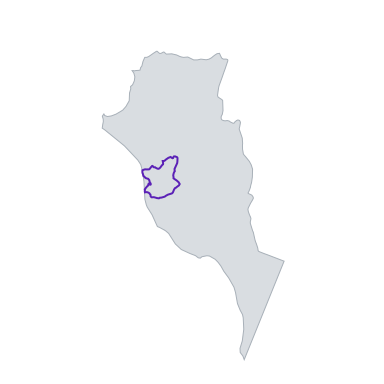 Morocco, with Chaouia - Ouardigha highlighted, rotated 290°
{"feature_id": "MAR-1449", "entity_name": "Chaouia - Ouardigha", "entity_type": "Region", "adm_level": 1, "iso_a3": "MAR", "parent_name": "Morocco", "parent_adm1": "", "projection": "albers", "projection_center": [-7.234, 33.091], "detail": "fine", "context": "in_parent", "style": "outline", "palette": "violet", "viewbox_px": 384, "rotation_deg": 290, "n_neighbors": 0, "source": "natural_earth", "source_scale": "10m", "svg_char_len": 4107}
<svg xmlns="http://www.w3.org/2000/svg" viewBox="0 0 384 384"><g transform="rotate(290 192 192)"><path d="M55.3,295.9L57.7,292.2L61.5,290.6L69.2,290.2L80.7,287.6L91.2,283.2L94.1,281.4L97.4,277.7L102.7,272.9L112.4,267.3L116.9,264.0L123.8,255.9L128.4,249.0L132.2,244.6L134.8,240.7L136.7,236.8L137.8,230.3L137.2,227.8L134.6,223.5L132.7,222.4L132.3,220.4L133.4,217.0L133.5,211.1L134.3,201.6L137.5,194.1L145.1,184.2L146.6,180.1L147.6,173.6L147.7,171.3L157.0,162.2L162.5,155.1L164.4,153.4L169.1,150.2L185.6,143.2L194.9,138.2L200.3,134.4L203.5,130.1L212.2,112.8L220.6,88.6L221.3,85.8L225.1,85.0L227.8,84.6L230.0,83.7L232.6,81.8L235.2,82.5L234.0,83.8L234.0,86.7L235.9,90.2L239.2,94.0L245.2,98.9L249.8,100.7L256.3,101.8L263.8,99.4L268.0,99.2L270.1,98.2L272.4,99.5L276.7,99.8L280.7,98.9L283.8,96.7L285.6,94.2L286.0,95.4L286.2,96.7L286.8,97.4L288.1,100.4L288.8,101.5L291.2,101.2L293.3,101.8L297.9,101.3L302.4,101.6L303.1,103.5L304.5,105.0L309.3,108.4L312.1,110.5L312.3,111.2L311.5,113.1L311.1,114.4L311.9,115.7L313.7,117.2L313.9,118.0L313.5,118.9L312.8,120.7L314.9,125.7L315.5,130.7L315.2,134.2L315.3,136.2L315.6,138.0L317.4,141.9L316.7,148.5L318.1,152.1L319.9,154.9L321.1,160.1L322.6,162.5L324.9,164.5L326.2,165.2L328.7,166.8L330.5,168.2L331.7,170.4L329.6,172.4L328.0,174.1L327.6,175.9L328.6,178.7L328.6,180.2L327.6,180.8L323.0,180.9L319.4,181.0L315.3,181.0L309.5,181.1L305.9,181.1L301.0,181.1L299.3,181.3L294.9,182.2L291.7,182.9L291.2,183.1L290.2,183.9L289.6,186.0L289.1,188.4L288.5,189.5L279.1,193.3L275.3,193.9L273.1,193.6L271.6,194.0L270.3,194.8L269.9,195.9L269.9,197.3L270.2,198.8L271.2,200.7L271.4,202.7L270.9,204.2L270.8,205.6L270.6,207.1L271.1,208.0L272.0,208.0L273.0,208.7L274.3,209.3L275.4,210.5L275.5,212.2L274.6,213.2L273.8,213.8L270.2,214.4L267.3,214.8L263.7,217.7L259.8,220.8L255.1,222.9L253.0,223.5L249.4,224.9L245.1,227.4L243.0,231.1L240.4,235.4L237.8,238.3L234.2,241.1L230.9,242.2L226.7,243.6L221.4,244.7L217.7,245.0L216.6,245.3L213.2,245.3L211.6,245.2L210.4,245.0L209.9,245.3L209.8,246.0L209.7,247.6L209.5,249.3L208.5,250.8L207.7,251.5L206.8,251.8L204.1,251.4L201.7,250.9L196.2,250.3L195.0,250.5L194.6,250.6L192.9,251.6L190.2,253.8L188.4,255.6L187.1,256.5L183.8,257.0L182.4,257.6L176.3,262.2L175.1,263.4L168.8,267.4L167.0,268.7L165.6,270.0L161.9,272.9L159.5,274.2L159.0,275.0L158.9,276.8L158.8,280.8L158.8,284.7L158.7,290.3L158.6,296.0L158.5,302.2L52.3,298.4L55.3,295.9Z" fill="#d9dde1" stroke="#a8b0b8" stroke-width="1"/><path d="M190.5,140.8L192.2,139.7L193.0,138.9L193.8,138.5L194.7,138.2L195.5,138.0L196.4,139.1L196.8,139.4L197.3,140.3L197.6,141.3L197.9,142.2L198.6,143.9L199.2,144.3L201.4,145.0L201.9,145.3L202.8,145.6L203.0,146.0L202.7,146.6L202.4,147.1L202.2,147.9L202.5,148.5L202.6,149.0L202.4,149.3L202.1,151.5L202.4,152.7L203.1,153.3L204.1,153.8L206.8,154.6L208.1,155.3L209.2,155.0L211.1,153.9L211.5,155.0L212.4,155.8L213.3,156.2L216.0,158.1L217.6,159.9L217.4,160.6L217.2,161.2L217.1,162.2L217.5,162.6L218.6,162.6L219.3,162.9L219.7,164.0L219.6,164.6L219.7,165.7L219.2,166.6L218.6,166.9L215.8,167.8L214.1,168.2L207.6,167.7L206.9,168.1L206.2,168.3L205.8,168.7L205.4,168.6L204.8,168.5L204.3,168.4L203.0,168.4L201.8,168.6L201.4,168.6L199.4,169.7L198.6,169.9L198.3,170.7L197.6,173.6L196.6,176.1L195.3,177.7L193.8,177.5L191.4,175.9L190.6,175.5L189.8,174.7L188.2,174.3L185.2,174.2L184.7,174.0L184.2,173.9L183.7,173.5L181.3,170.3L179.6,168.8L178.6,168.2L177.8,167.3L176.5,165.5L176.0,164.7L175.7,163.8L175.4,163.6L175.0,163.4L174.7,163.0L174.6,162.5L174.6,162.0L174.3,161.4L174.3,160.4L174.1,158.0L173.2,155.8L173.5,155.1L173.8,154.6L174.4,154.3L175.0,154.1L175.4,153.7L175.5,153.3L175.8,152.9L176.2,152.5L176.5,151.3L176.5,150.1L176.3,149.2L175.6,147.9L176.7,147.3L177.7,147.1L178.3,146.8L178.4,146.7L179.0,147.0L180.1,147.2L180.7,147.5L181.5,147.7L183.0,148.5L183.6,148.4L185.0,148.4L185.3,148.8L184.5,149.5L184.5,150.1L184.7,150.5L185.2,150.6L185.5,150.4L185.9,150.2L186.6,149.1L188.6,147.7L189.4,146.3L189.3,145.6L189.3,145.1L189.3,144.6L189.2,144.2L189.4,143.4L189.5,142.9L190.0,142.3L190.1,141.7L190.4,141.3L190.5,140.9L190.5,140.8Z" fill="none" stroke="#5b21b6" stroke-width="2"/></g></svg>